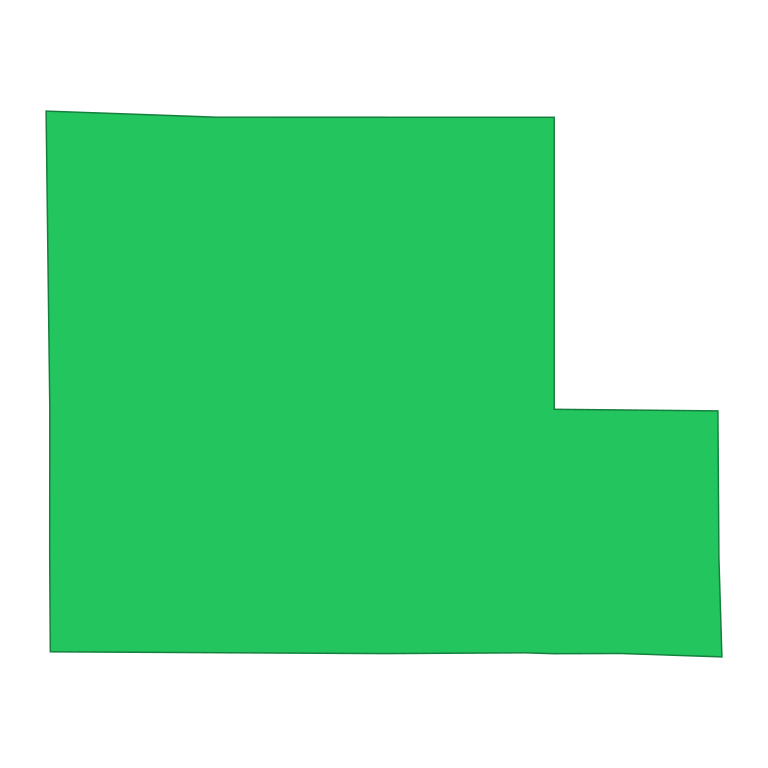 Isanti, Minnesota, United States of America
{"feature_id": "52423323B71710421504154", "entity_name": "Isanti", "entity_type": "district", "adm_level": 2, "iso_a3": "USA", "parent_name": "United States of America", "parent_adm1": "Minnesota", "projection": "robinson", "projection_center": [-93.264, 45.573], "detail": "fine", "context": "isolated", "style": "filled", "palette": "green", "viewbox_px": 768, "rotation_deg": 0, "n_neighbors": 0, "source": "geoboundaries", "source_scale": "gbopen_adm2", "svg_char_len": 307}
<svg xmlns="http://www.w3.org/2000/svg" viewBox="0 0 768 768"><path d="M46.1,111.1L49.8,408.1L49.7,555.2L50.3,651.8L385.2,653.6L525.6,652.8L553.9,653.7L621.0,653.5L721.9,656.9L718.9,557.7L717.9,410.9L554.2,409.3L554.2,117.3L216.5,117.2L46.1,111.1Z" fill="#22c55e" stroke="#15803d" stroke-width="1.5"/></svg>